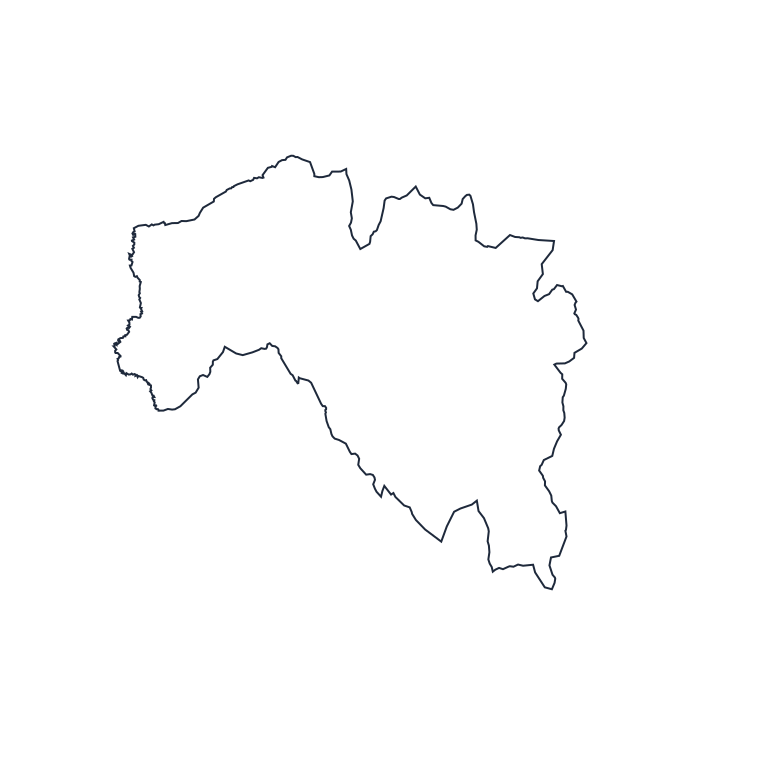 outline of Akwapem South, Eastern, Ghana, rotated 329°
{"feature_id": "2480657B26354408705676", "entity_name": "Akwapem South", "entity_type": "district", "adm_level": 2, "iso_a3": "GHA", "parent_name": "Ghana", "parent_adm1": "Eastern", "projection": "natural_earth1", "projection_center": [-0.261, 5.841], "detail": "fine", "context": "isolated", "style": "outline", "palette": "slate", "viewbox_px": 768, "rotation_deg": 329, "n_neighbors": 0, "source": "geoboundaries", "source_scale": "gbopen_adm2", "svg_char_len": 6166}
<svg xmlns="http://www.w3.org/2000/svg" viewBox="0 0 768 768"><g transform="rotate(329 384 384)"><path d="M509.9,513.8L510.7,512.1L511.8,511.3L515.0,510.6L519.3,508.5L521.5,505.9L523.6,501.7L524.2,498.9L526.3,495.5L527.4,491.7L530.4,487.4L532.2,486.6L537.3,481.8L540.0,478.2L540.3,476.5L539.4,471.3L541.8,467.5L541.1,465.3L540.0,455.1L542.3,455.3L549.7,459.5L554.4,460.1L560.4,459.5L563.3,455.4L571.8,455.5L578.6,453.2L578.9,447.4L582.5,441.0L583.2,429.7L584.3,428.3L584.5,427.1L584.4,423.8L583.5,422.4L583.5,421.5L586.9,419.1L588.1,414.4L590.1,412.9L591.4,412.5L591.5,404.1L589.0,399.6L587.6,398.8L587.8,392.1L586.9,391.9L583.3,388.3L578.5,390.2L576.8,389.8L571.8,392.0L566.9,391.2L558.6,392.3L557.0,389.2L558.6,383.3L564.4,380.8L568.6,375.1L576.8,371.6L580.9,362.5L597.5,356.1L603.4,349.0L590.5,340.1L582.2,333.1L579.8,331.7L578.4,329.9L576.3,329.0L575.6,327.9L572.1,325.5L568.7,321.2L549.8,324.9L544.1,319.3L543.1,319.6L540.8,317.6L538.2,310.8L536.5,308.1L539.0,303.8L543.0,299.5L545.7,294.2L549.7,283.0L552.8,275.8L555.0,267.3L554.6,265.6L552.4,264.6L550.3,264.9L546.7,266.0L543.4,269.4L538.1,270.8L533.3,270.5L530.9,268.4L528.2,263.7L526.4,261.9L518.3,256.0L517.9,253.2L518.7,247.7L515.0,246.1L512.3,240.1L512.9,231.1L500.6,234.1L495.3,233.4L492.9,233.6L491.9,233.0L488.9,228.9L486.9,227.3L481.4,226.0L479.0,227.1L474.3,233.0L464.9,242.8L461.4,244.9L457.2,248.4L455.5,248.8L453.7,248.2L451.4,249.8L448.7,250.4L445.3,255.0L443.7,256.4L433.2,256.1L433.7,246.5L432.8,243.8L433.1,240.2L435.0,234.7L435.5,230.6L438.8,228.7L441.8,225.4L444.0,219.7L451.3,211.4L456.2,200.6L459.0,191.6L459.9,184.8L462.3,180.2L456.3,179.6L448.9,175.2L444.6,177.1L438.1,175.1L434.7,173.2L431.3,170.0L432.5,168.0L434.9,155.7L429.5,149.3L426.8,144.9L425.1,144.0L423.8,141.7L422.0,140.5L417.6,139.8L415.0,141.1L411.9,139.6L408.0,139.4L402.3,142.1L400.3,139.5L399.6,140.0L395.8,138.9L387.5,142.4L387.0,145.0L386.0,144.8L383.2,142.3L381.1,142.3L378.8,140.4L377.0,141.6L373.8,141.3L372.8,139.8L361.3,137.4L357.2,137.1L356.4,137.6L355.2,137.0L353.8,137.6L352.5,136.9L349.1,136.7L347.6,137.6L336.1,137.3L333.7,137.7L332.1,139.9L319.8,139.7L314.3,142.5L311.7,144.4L306.3,145.4L298.4,142.6L294.4,140.0L290.3,139.9L285.1,136.9L278.4,135.1L279.0,133.3L278.5,132.9L278.6,131.5L273.2,131.0L269.5,129.3L268.1,129.3L267.1,127.6L263.6,127.9L261.8,124.9L255.0,121.9L249.8,121.6L248.8,124.8L247.5,124.6L245.9,125.4L245.8,127.0L247.6,126.9L248.0,127.3L246.7,129.7L244.4,129.1L244.2,131.5L241.8,131.2L241.6,131.7L242.8,134.2L241.8,135.8L239.9,136.3L239.8,138.4L237.9,138.5L237.6,142.3L234.5,143.8L232.6,141.2L232.4,142.4L233.5,144.6L232.8,144.6L231.8,143.4L229.9,145.5L229.9,146.4L231.6,147.4L230.9,148.3L231.3,149.9L228.6,152.3L227.2,151.6L226.6,154.0L226.6,159.6L225.4,162.9L226.1,164.1L227.7,164.3L227.5,165.9L228.2,169.1L227.4,170.3L228.1,171.3L225.0,174.2L223.7,176.7L221.6,179.3L221.5,180.4L219.5,181.5L219.0,183.4L219.3,184.7L217.8,185.5L217.3,189.4L214.2,192.6L214.3,193.4L215.2,193.9L214.4,194.5L214.1,197.2L213.1,196.9L212.9,198.9L211.2,198.7L210.2,200.8L208.7,201.4L207.4,200.7L206.1,198.8L202.8,196.8L201.2,198.9L200.1,197.7L198.9,198.5L197.4,197.8L197.4,200.2L196.4,202.0L194.8,202.0L195.7,204.1L194.2,204.7L193.2,203.6L192.0,203.9L191.7,205.3L192.6,206.2L192.4,208.0L189.1,209.4L187.2,208.9L186.8,209.9L185.1,209.0L183.9,210.0L181.7,208.9L179.2,208.9L178.5,209.8L178.6,210.5L179.8,210.8L179.7,212.1L176.1,212.6L176.1,210.9L175.6,210.8L174.8,212.5L174.0,210.5L173.5,210.5L172.7,212.6L172.3,213.1L171.7,212.7L172.4,216.5L170.6,217.1L169.8,218.6L169.9,219.2L171.7,220.3L172.6,224.4L172.2,224.8L171.1,224.3L169.8,225.4L168.6,225.2L168.3,226.6L167.4,227.1L164.6,236.8L165.0,237.7L165.9,237.0L166.8,237.8L167.0,238.8L165.0,239.6L165.8,240.8L166.8,240.8L167.3,243.5L168.8,242.1L170.0,244.4L171.7,245.2L173.1,245.1L173.6,246.7L175.2,246.9L175.9,247.9L175.1,249.0L176.8,249.2L176.4,251.2L177.6,250.6L180.1,253.5L180.8,254.7L180.3,256.5L181.1,257.9L182.1,258.2L181.8,259.9L182.8,262.0L182.9,262.6L181.8,262.3L181.7,262.9L183.5,265.2L182.4,267.1L181.2,268.0L181.3,269.7L179.8,269.8L180.1,271.6L179.6,274.6L180.5,275.3L180.4,276.9L179.3,276.2L178.2,276.7L178.0,278.6L178.8,279.6L177.8,280.4L178.0,281.6L175.9,283.9L176.1,284.4L177.5,284.8L177.5,285.4L176.7,285.6L175.5,287.2L176.2,288.6L177.2,289.0L177.4,289.9L177.0,290.7L181.2,293.2L185.9,294.1L189.2,296.8L191.8,298.0L198.0,298.2L214.4,294.2L218.1,294.4L223.2,291.7L226.9,284.2L230.1,282.5L233.5,283.1L236.2,286.9L239.4,285.7L241.4,284.1L243.4,280.5L247.2,279.3L248.8,276.7L250.0,275.9L254.0,276.8L262.4,273.7L266.7,270.1L273.0,281.7L277.8,286.5L287.5,289.1L294.5,290.3L297.2,290.1L299.7,292.4L301.2,293.0L302.6,292.2L304.5,290.0L307.0,290.2L307.8,293.8L310.1,295.6L311.3,298.3L311.4,299.9L309.7,303.1L310.2,307.3L309.2,309.0L309.2,327.2L310.2,329.4L309.8,335.4L310.2,336.0L310.3,338.9L311.0,339.1L314.3,334.6L314.8,335.7L321.0,342.1L322.2,345.4L319.9,368.6L320.1,371.4L322.0,372.6L322.1,374.7L321.3,375.9L320.4,376.0L319.8,376.9L319.6,378.4L318.4,379.3L315.7,386.2L314.4,392.6L314.7,395.1L313.2,399.7L312.9,402.3L313.6,405.4L316.6,408.8L320.6,415.5L319.8,424.6L320.0,427.3L323.4,428.8L324.5,431.7L324.2,435.3L320.3,440.0L320.3,444.0L322.0,452.5L325.7,454.1L327.6,456.2L327.7,459.2L326.9,461.5L323.1,464.4L322.3,469.1L322.1,472.5L323.4,479.1L327.4,475.0L331.8,471.5L333.1,482.4L335.9,482.3L335.6,486.7L338.7,498.5L342.5,503.0L341.8,508.1L341.2,509.8L341.3,517.0L344.3,529.9L351.9,548.6L364.5,538.4L378.3,529.6L385.4,530.1L397.2,532.6L403.5,531.8L399.6,541.6L400.6,550.5L399.0,561.4L397.9,564.3L391.8,572.2L390.7,576.5L387.7,582.5L383.1,588.1L382.1,592.4L382.1,596.3L380.6,600.9L383.7,600.5L387.9,600.9L390.6,604.0L396.7,604.7L398.0,605.0L400.9,607.3L405.9,607.8L409.6,611.4L418.7,615.7L416.5,623.3L417.1,641.1L422.2,646.4L427.8,642.3L430.5,639.1L430.8,637.9L430.2,634.3L432.4,624.7L437.8,618.7L445.7,621.5L461.9,608.7L463.9,603.2L464.8,602.8L467.5,599.4L473.8,586.7L468.2,585.3L468.5,577.4L467.3,572.4L467.6,570.7L469.9,565.8L470.3,561.0L469.7,553.8L471.9,550.4L472.1,546.4L472.9,544.5L472.4,538.1L475.5,534.9L477.5,534.5L481.8,531.5L491.2,532.3L496.3,527.1L502.8,522.3L509.5,518.6L509.9,513.8Z" fill="none" stroke="#1e293b" stroke-width="2"/></g></svg>